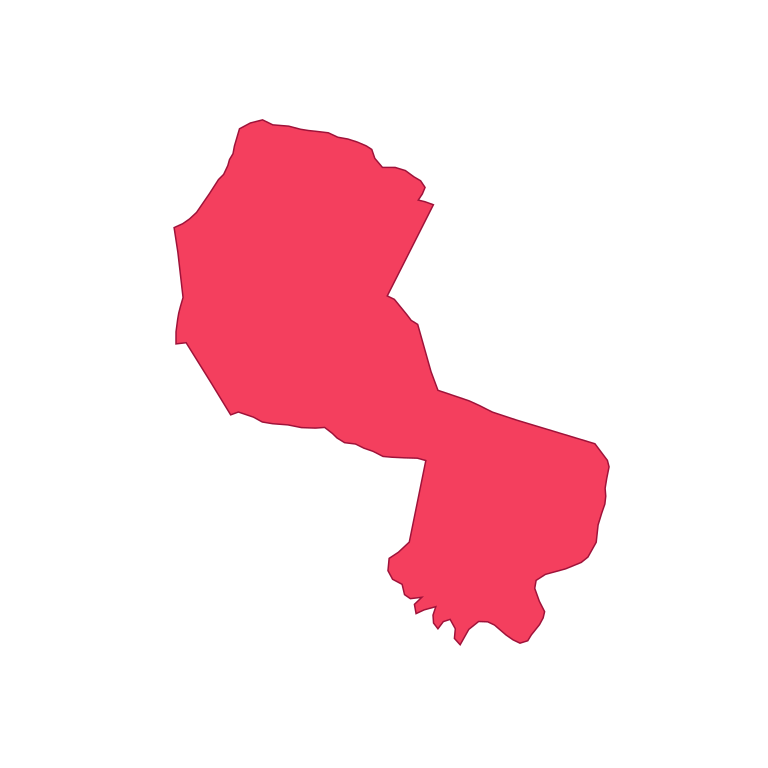 the district of São Tomé, Paraná, Brazil, rotated 67°
{"feature_id": "56859067B35955710865711", "entity_name": "São Tomé", "entity_type": "district", "adm_level": 2, "iso_a3": "BRA", "parent_name": "Brazil", "parent_adm1": "Paraná", "projection": "natural_earth1", "projection_center": [-52.521, -23.524], "detail": "fine", "context": "isolated", "style": "filled", "palette": "rose", "viewbox_px": 768, "rotation_deg": 67, "n_neighbors": 0, "source": "geoboundaries", "source_scale": "gbopen_adm2", "svg_char_len": 1703}
<svg xmlns="http://www.w3.org/2000/svg" viewBox="0 0 768 768"><g transform="rotate(67 384 384)"><path d="M546.5,447.4L557.4,453.3L567.1,452.4L575.5,445.6L585.9,447.4L591.9,443.6L595.1,432.5L598.7,442.1L607.9,444.2L607.6,435.3L609.2,423.3L615.9,429.2L623.4,431.8L630.4,430.0L625.9,422.2L626.5,415.1L637.2,414.0L645.7,418.6L653.8,415.8L643.0,401.8L639.6,389.7L643.4,381.5L649.0,376.5L662.6,369.8L669.9,365.2L675.7,360.1L676.5,352.0L672.5,346.4L666.3,334.9L661.5,328.9L656.3,325.1L644.7,325.9L631.0,325.1L624.2,320.7L622.3,309.8L625.1,289.1L625.3,272.1L623.0,263.9L612.6,250.5L597.4,242.0L588.0,234.1L580.8,227.6L573.9,223.7L566.4,221.2L558.0,215.9L548.2,209.2L541.6,208.2L521.4,213.2L468.9,276.2L452.3,295.1L447.4,299.3L441.2,304.5L432.8,312.2L410.9,336.8L391.0,335.9L342.3,329.7L336.1,334.1L329.0,335.9L310.1,341.4L304.2,346.6L238.3,268.5L232.1,275.2L228.1,280.6L224.0,274.4L219.1,269.4L211.2,270.9L205.0,275.5L195.9,280.9L189.0,289.1L184.0,300.8L172.7,304.3L163.3,303.6L158.0,307.2L150.9,314.0L144.4,321.5L138.8,330.1L131.0,337.1L124.7,348.1L121.1,354.6L116.9,361.3L109.4,371.0L102.0,385.1L93.4,392.6L91.5,405.0L92.6,417.3L106.5,428.7L113.0,433.0L117.0,438.5L121.9,442.4L128.4,449.7L131.1,456.4L140.7,470.5L152.8,489.5L156.1,498.6L157.8,506.7L158.0,516.1L182.3,522.3L225.9,535.2L233.0,541.0L238.6,545.3L243.9,548.7L254.6,555.0L265.8,559.8L268.7,550.0L315.2,542.7L352.5,537.2L352.9,529.0L363.5,517.1L371.4,510.9L377.0,502.1L384.1,488.4L391.9,477.0L397.8,464.3L400.8,455.6L409.2,450.9L415.4,448.3L422.6,443.2L428.1,433.7L435.3,427.5L441.6,420.5L450.3,413.2L454.5,405.3L459.9,394.1L465.3,382.3L470.8,375.4L539.4,422.5L544.5,436.5L546.5,447.4Z" fill="#f43f5e" stroke="#9f1239" stroke-width="1.5"/></g></svg>